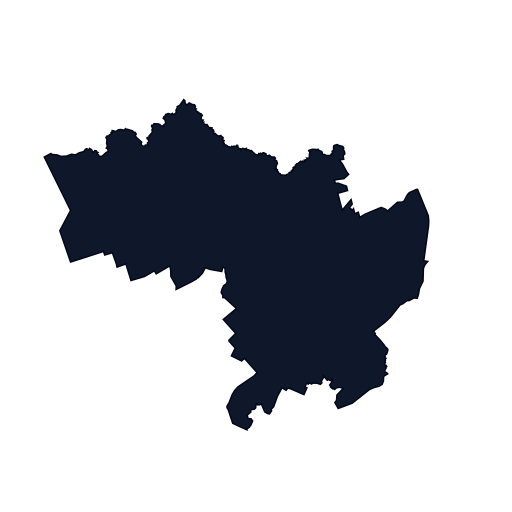 De Wolden, Drenthe, Netherlands (orthographic projection), rotated 159°
{"feature_id": "6326949B49446326038856", "entity_name": "De Wolden", "entity_type": "district", "adm_level": 2, "iso_a3": "NLD", "parent_name": "Netherlands", "parent_adm1": "Drenthe", "projection": "orthographic", "projection_center": [6.374, 52.706], "detail": "fine", "context": "isolated", "style": "filled", "palette": "ink", "viewbox_px": 512, "rotation_deg": 159, "n_neighbors": 0, "source": "geoboundaries", "source_scale": "gbopen_adm2", "svg_char_len": 6145}
<svg xmlns="http://www.w3.org/2000/svg" viewBox="0 0 512 512"><g transform="rotate(159 256 256)"><path d="M337.7,108.1L326.7,96.9L326.3,97.9L323.4,98.5L323.1,99.2L321.8,99.6L318.4,103.0L318.2,103.8L318.9,104.3L318.9,105.8L321.7,107.1L321.2,110.6L316.7,112.2L316.1,114.4L312.7,113.6L311.3,114.0L310.6,114.5L309.6,117.0L308.2,117.4L308.3,116.7L306.5,115.9L304.0,115.8L303.7,107.3L301.6,104.7L300.0,103.7L296.9,105.9L296.9,107.4L293.6,108.9L286.1,117.5L278.9,123.7L276.1,119.8L274.2,120.9L272.7,120.9L272.1,120.2L271.4,120.8L270.5,119.3L270.8,119.1L260.9,109.4L255.7,114.7L257.2,116.2L254.4,119.0L253.1,117.7L251.9,118.5L249.9,116.5L248.8,117.0L244.8,115.5L241.9,113.1L240.0,113.9L239.7,115.8L236.6,118.3L235.9,119.9L234.0,114.4L232.4,114.6L231.2,113.0L229.9,113.8L229.2,112.8L231.1,110.6L233.5,109.1L232.9,107.1L233.3,106.9L232.1,104.6L231.0,104.9L230.9,103.6L230.4,103.2L228.1,104.1L225.1,103.5L222.0,101.2L230.3,97.2L232.6,92.3L234.9,91.0L233.9,84.2L218.9,84.1L198.1,90.6L193.1,90.9L187.8,90.3L184.2,91.0L181.9,93.5L179.9,97.9L175.3,98.8L175.9,100.4L177.0,101.2L177.0,102.1L176.6,103.3L174.7,104.8L174.9,105.6L173.6,105.9L173.7,107.3L174.8,108.1L174.4,109.4L173.3,110.2L173.7,110.9L172.7,111.9L172.4,113.2L171.3,113.9L172.3,115.4L171.4,115.9L171.5,116.5L170.8,117.3L169.2,117.6L166.6,120.8L166.4,121.9L167.1,123.8L168.0,124.8L168.2,126.8L170.4,133.5L173.2,140.0L172.4,140.9L173.0,143.0L172.7,143.9L159.4,147.9L152.4,150.8L139.0,158.7L135.9,158.8L131.3,160.2L128.9,159.5L123.6,160.2L120.6,158.8L118.3,161.6L115.0,167.1L109.1,172.6L104.5,183.6L103.4,185.3L101.2,187.4L97.6,189.4L101.1,191.4L84.3,221.9L82.1,226.9L80.7,231.9L81.3,260.3L82.3,260.7L90.3,260.2L92.9,258.8L98.3,254.1L100.4,254.0L104.7,255.5L116.4,251.1L117.4,251.3L118.2,253.2L121.7,256.5L139.0,256.0L145.3,254.9L144.8,260.2L148.6,260.1L148.0,265.2L149.4,264.3L151.2,267.0L151.3,267.7L147.6,269.9L147.0,274.6L159.1,267.9L157.2,285.2L147.0,284.3L146.5,288.8L153.4,294.7L155.9,295.3L155.5,298.9L146.2,296.7L140.2,299.0L141.1,301.7L142.2,310.4L143.4,314.6L143.2,315.6L139.4,314.9L138.7,318.5L136.5,319.5L136.0,321.7L136.3,324.7L135.4,325.2L135.7,327.2L138.8,329.3L140.3,331.0L143.4,331.2L144.2,330.7L145.8,326.7L147.4,326.5L148.0,323.8L148.7,323.4L149.2,324.2L150.6,323.2L154.6,324.8L155.7,326.3L157.7,327.0L157.1,328.8L157.2,330.0L159.6,332.2L159.5,333.0L159.9,333.5L160.9,332.8L161.6,333.9L164.9,335.4L168.7,335.7L169.1,335.4L168.5,333.4L169.4,332.4L171.3,328.2L173.5,329.2L173.3,328.3L173.6,327.9L176.4,328.1L176.0,327.1L176.9,326.4L178.3,327.8L178.8,327.3L180.3,328.5L183.7,327.3L184.8,327.5L186.8,326.5L187.4,325.1L188.8,325.5L189.7,325.1L189.4,323.9L190.5,323.8L190.6,322.6L191.5,322.9L191.4,322.4L191.8,322.1L192.6,322.5L192.7,321.7L195.2,322.0L195.5,320.8L198.5,321.1L199.2,320.6L204.0,323.0L203.9,324.1L205.2,325.3L205.1,326.9L206.0,327.6L205.1,328.8L206.6,330.0L205.7,330.0L205.6,331.5L204.7,333.1L202.8,334.7L202.7,337.6L204.3,339.1L202.8,340.3L203.3,341.8L205.9,342.8L207.5,345.4L208.7,345.2L210.3,345.9L210.1,347.9L211.9,349.7L212.8,349.8L213.7,348.8L214.7,350.3L215.6,350.0L216.6,350.7L218.0,349.7L220.1,350.8L222.6,356.2L223.5,356.2L225.0,357.9L226.8,358.5L227.0,359.3L226.4,359.2L226.3,359.9L228.2,359.9L229.8,361.3L230.9,361.0L231.7,361.5L232.0,360.9L232.5,362.0L233.4,362.4L233.8,364.4L233.5,365.8L234.2,366.3L235.6,365.5L237.3,366.5L239.1,366.2L239.3,367.1L240.6,366.5L243.8,369.0L243.5,369.4L244.5,370.6L245.9,370.9L245.2,372.6L245.9,372.9L246.0,373.9L244.4,375.1L245.2,376.2L245.7,376.0L245.6,377.5L245.2,378.1L244.3,377.9L244.3,378.5L245.5,380.2L245.6,381.1L247.9,381.3L249.8,383.7L250.0,384.9L251.5,385.1L251.8,386.0L250.7,387.0L251.0,387.9L250.5,388.7L251.6,390.2L251.1,391.4L252.8,392.3L253.7,391.9L254.6,396.1L255.3,395.9L255.5,396.7L256.7,397.0L257.5,399.0L256.8,399.6L257.9,400.0L257.8,400.7L256.6,401.8L257.8,402.5L258.0,403.9L257.2,405.6L255.7,406.5L256.1,408.1L257.9,409.9L258.1,410.8L259.1,410.9L259.0,411.9L260.1,412.9L259.7,414.5L259.1,414.7L259.6,415.3L259.8,416.7L258.8,417.6L259.3,419.3L262.4,421.0L262.2,421.7L263.6,422.9L266.4,421.6L267.2,423.5L267.2,425.1L266.7,426.3L267.4,427.9L273.3,424.0L276.1,423.7L276.3,422.6L278.5,420.8L278.2,420.1L278.8,419.4L278.7,418.7L281.2,417.7L282.8,418.0L282.9,419.1L284.7,418.8L286.9,420.5L289.8,420.5L290.1,419.6L292.1,419.0L293.3,417.7L292.2,416.0L292.6,412.3L296.2,411.1L296.2,410.4L297.8,411.2L298.7,413.3L300.0,414.4L303.8,416.1L305.0,415.1L306.6,415.4L306.9,414.8L306.8,411.9L307.9,411.2L308.2,409.3L309.2,408.2L312.7,406.5L312.8,405.7L315.5,405.3L315.6,404.5L314.7,402.9L315.3,401.0L316.9,400.4L317.1,398.5L319.7,399.2L320.5,398.2L322.5,399.3L323.4,401.8L321.9,403.2L325.3,409.9L325.4,412.0L324.1,412.8L324.6,414.9L325.9,415.3L326.4,417.1L331.2,420.8L332.1,420.7L332.4,421.6L333.7,420.6L337.0,422.6L339.4,423.2L342.1,422.4L345.3,424.7L346.0,423.7L345.9,422.7L347.1,423.0L347.2,422.0L349.9,421.4L350.1,420.8L352.4,421.4L353.6,420.4L353.4,418.1L355.0,415.1L355.4,411.8L357.1,410.4L356.2,409.6L356.3,407.1L357.0,406.4L358.7,406.4L363.9,404.3L366.5,405.1L367.0,406.1L366.7,407.0L367.5,408.1L367.3,409.4L366.6,409.4L367.4,410.3L367.3,411.3L368.7,412.2L370.5,411.2L371.3,412.0L371.3,414.1L372.8,416.0L373.2,415.4L374.2,415.4L375.7,416.9L377.1,416.7L379.4,415.2L384.1,415.7L388.3,415.1L391.7,417.1L397.1,417.2L402.4,418.9L405.5,421.7L409.9,423.8L410.8,425.2L418.2,424.3L412.8,365.0L430.1,349.9L431.3,316.8L396.7,314.9L396.9,311.1L388.9,310.5L389.3,296.4L389.7,296.4L389.7,295.4L380.3,295.2L381.5,277.9L367.4,276.8L356.2,278.6L355.6,275.1L339.9,277.7L341.0,272.5L342.8,267.4L341.2,256.6L342.6,253.4L325.1,255.1L319.9,255.9L318.0,256.9L317.7,256.5L312.1,259.2L307.9,262.9L308.3,263.8L303.8,260.0L293.5,253.8L290.8,257.7L289.6,255.9L289.6,254.7L290.6,252.0L290.8,249.3L291.6,246.8L291.6,243.8L292.3,242.0L293.6,240.8L296.9,239.8L299.4,237.5L301.6,234.5L301.1,230.9L301.9,229.1L300.3,228.4L293.1,214.0L309.3,208.5L302.7,191.1L311.4,187.1L311.7,186.1L308.4,177.5L314.8,171.6L307.1,163.2L303.5,164.5L296.8,146.8L301.0,144.7L319.8,140.3L324.2,138.0L327.9,135.1L334.2,128.2L335.5,127.5L336.4,125.9L336.9,126.2L337.4,125.0L337.3,123.5L337.0,123.2L337.7,108.1Z" fill="#0f172a" stroke="#020617" stroke-width="1.5"/></g></svg>